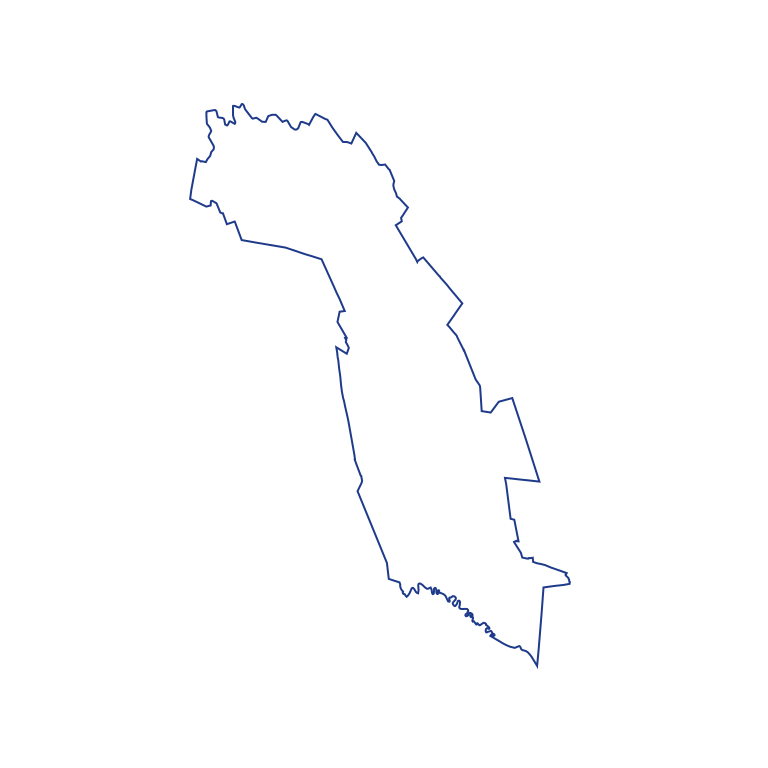 the district of Bērzpils pag., Balvu, Latvia, rotated 249°
{"feature_id": "27541924B21084254111268", "entity_name": "Bērzpils pag.", "entity_type": "district", "adm_level": 2, "iso_a3": "LVA", "parent_name": "Latvia", "parent_adm1": "Balvu", "projection": "equal_earth", "projection_center": [27.098, 56.85], "detail": "fine", "context": "isolated", "style": "outline", "palette": "blue", "viewbox_px": 768, "rotation_deg": 249, "n_neighbors": 0, "source": "geoboundaries", "source_scale": "gbopen_adm2", "svg_char_len": 6086}
<svg xmlns="http://www.w3.org/2000/svg" viewBox="0 0 768 768"><g transform="rotate(249 384 384)"><path d="M98.7,402.5L95.9,405.1L93.6,407.5L90.8,411.5L90.9,416.2L90.5,416.7L89.3,417.1L87.8,417.0L86.7,417.3L85.9,418.0L83.9,420.7L83.4,421.1L82.0,422.1L79.5,423.1L76.1,424.1L66.1,425.9L66.6,426.1L66.7,426.3L81.3,433.5L114.6,449.5L136.9,460.0L134.4,470.7L132.1,479.4L130.9,485.6L132.4,486.5L132.8,486.2L135.3,486.7L136.1,486.5L136.9,486.6L140.3,485.0L141.4,485.5L141.5,485.7L141.4,486.1L142.0,486.8L153.0,473.9L157.3,469.4L159.9,465.7L161.6,462.9L164.4,459.5L168.3,460.5L168.2,460.1L168.8,459.4L168.9,458.5L169.6,457.0L169.2,456.4L169.9,455.0L169.8,454.9L172.4,450.9L177.4,451.3L189.7,448.8L190.0,448.8L190.1,451.3L189.8,451.3L188.9,453.2L210.6,457.0L212.8,453.9L246.4,462.1L253.0,463.3L237.2,494.1L280.8,496.6L324.9,498.7L326.3,484.8L319.1,473.4L323.7,465.5L346.2,472.5L347.7,472.8L348.7,472.8L355.3,471.2L387.0,470.8L386.9,470.5L389.1,470.4L400.9,469.2L403.0,469.2L404.5,468.7L407.3,467.6L414.2,465.3L416.5,464.3L421.8,472.2L423.2,474.4L423.4,474.5L431.2,486.0L449.1,479.8L453.7,478.4L463.2,474.8L464.1,474.8L464.3,474.6L465.9,473.9L488.1,466.0L488.0,464.4L486.7,459.5L486.0,458.8L488.9,458.6L528.0,451.9L529.5,458.9L533.0,459.5L534.6,461.9L540.2,469.6L549.9,465.6L551.2,465.2L554.0,463.5L554.3,463.2L555.0,463.3L558.0,463.6L561.4,463.3L562.2,463.3L565.8,463.8L567.3,464.5L569.9,466.3L582.1,466.0L582.6,465.5L588.5,463.7L589.3,460.2L590.2,458.5L590.4,458.4L590.6,457.9L594.7,456.9L600.0,456.4L603.5,455.7L605.3,455.5L615.6,453.4L628.4,448.1L620.2,439.7L622.9,436.6L624.7,432.4L633.7,429.8L641.8,427.7L651.0,425.9L652.4,424.2L660.7,416.8L660.6,416.4L658.6,413.6L652.8,406.9L653.7,406.5L658.0,401.6L658.4,400.2L658.2,399.9L653.6,395.6L653.0,394.1L653.0,393.4L653.3,392.3L653.7,391.7L657.3,389.3L664.2,388.2L664.6,388.0L664.9,387.7L665.1,387.1L665.2,385.8L665.1,383.2L673.0,380.0L674.1,379.4L675.4,376.1L675.6,372.2L675.5,371.9L671.1,367.5L671.1,367.3L672.6,364.1L675.8,362.1L678.3,360.3L678.8,356.5L679.5,356.0L690.2,352.8L694.6,352.9L695.6,352.6L696.1,352.1L696.3,351.5L694.2,348.8L693.9,348.1L694.1,347.7L697.3,344.0L697.7,342.8L697.0,342.4L688.8,339.3L685.5,338.9L685.2,339.0L682.1,339.1L680.8,338.5L680.5,338.2L680.4,337.8L684.0,334.9L684.3,334.6L684.5,334.1L684.5,333.8L684.3,333.6L682.1,331.3L681.6,330.2L681.9,329.8L683.2,328.7L688.2,329.6L689.2,329.4L690.4,328.4L690.6,327.8L692.0,325.3L692.6,324.7L693.0,324.6L698.4,325.3L699.0,325.2L700.1,324.7L700.5,323.9L701.9,316.4L701.7,315.9L701.1,315.5L697.4,314.1L690.7,312.0L689.7,312.1L687.4,312.9L685.4,313.4L682.2,313.4L681.5,312.8L679.3,310.1L678.5,309.4L677.7,308.9L677.1,308.8L667.5,310.3L666.6,310.2L665.9,310.0L664.0,309.0L663.5,307.8L662.5,305.9L659.2,303.4L657.1,299.6L655.0,297.2L657.3,293.7L657.2,293.1L657.3,292.8L661.1,290.2L634.3,273.7L626.2,269.3L623.4,272.2L613.3,281.7L612.8,286.1L616.7,288.0L616.6,289.3L612.7,292.4L602.8,292.6L601.3,294.2L601.1,294.8L589.5,294.6L589.2,302.8L588.3,302.9L569.4,302.7L562.1,314.8L546.6,341.0L533.6,356.7L528.9,362.8L522.8,370.4L491.6,372.2L486.5,372.4L479.8,373.0L466.2,373.5L467.4,368.5L458.6,362.8L440.6,365.7L441.0,364.2L439.7,364.3L439.6,364.6L438.6,364.6L437.0,363.4L432.4,364.0L430.3,364.1L425.6,360.1L435.4,352.6L429.3,351.4L429.0,351.2L425.0,350.2L422.5,349.8L415.0,347.8L407.2,346.0L397.5,343.3L391.1,341.8L385.4,340.8L382.7,340.6L377.3,339.7L366.2,338.1L360.8,337.2L330.2,331.3L329.1,331.1L323.9,329.9L323.9,329.6L320.0,329.5L306.7,329.4L306.4,329.8L301.6,328.9L299.9,327.8L293.4,320.9L215.9,322.6L200.3,318.6L193.2,327.4L191.0,327.3L189.4,326.6L188.7,326.6L187.5,326.4L185.0,326.7L183.6,327.4L183.2,327.4L182.4,326.7L181.6,326.7L181.0,327.1L180.4,328.0L178.6,328.3L177.2,328.9L177.4,329.4L178.2,331.0L179.3,332.6L181.4,334.8L183.2,336.5L183.5,337.3L183.1,338.1L181.9,338.7L178.3,339.3L177.1,340.0L176.4,340.8L179.1,342.4L182.9,343.5L184.0,343.9L184.9,344.6L185.1,345.5L184.5,346.5L183.0,347.7L179.0,349.6L177.5,350.7L177.1,351.7L177.3,354.6L175.4,354.7L173.8,354.5L171.6,354.0L170.7,354.1L170.3,354.3L170.3,354.9L170.6,355.4L172.3,356.3L174.4,357.0L175.0,357.4L175.3,358.1L175.4,358.6L175.0,359.0L174.3,359.1L172.9,359.0L170.7,358.2L169.8,358.2L169.1,358.3L168.8,358.6L168.7,358.9L168.9,359.3L171.8,360.4L171.9,360.8L171.9,361.0L171.7,361.3L171.1,361.4L170.1,360.9L169.6,360.8L169.2,360.9L169.0,361.3L168.8,361.8L167.3,363.4L166.5,364.2L165.0,365.1L164.0,365.5L158.2,365.9L157.4,366.8L157.5,367.4L157.9,367.6L160.5,368.0L160.9,368.3L161.0,368.5L161.1,368.8L160.7,370.0L160.7,370.3L161.3,371.9L161.2,372.4L160.4,373.7L159.3,374.3L158.6,374.4L158.0,374.2L157.4,373.8L156.9,373.2L155.5,370.4L154.9,369.7L154.5,369.5L153.8,369.5L152.3,369.8L151.6,370.2L151.3,370.5L151.2,370.9L151.4,371.4L152.3,372.9L153.5,374.1L154.9,375.1L155.0,375.6L154.9,376.1L154.8,376.4L154.4,376.7L153.9,376.9L152.8,376.7L150.3,375.4L148.8,374.3L148.0,374.2L147.6,374.3L146.9,374.7L146.4,375.3L145.6,377.1L144.9,379.4L144.2,380.9L142.9,381.5L142.4,381.4L141.8,381.1L140.2,379.4L139.9,379.1L139.8,377.8L139.4,377.4L139.0,377.1L138.1,377.2L137.8,377.4L137.7,377.6L137.6,378.3L137.7,379.1L138.2,380.3L139.5,381.5L139.7,381.9L139.6,382.2L139.3,382.7L138.2,383.6L137.6,383.9L136.5,383.9L136.3,383.7L136.2,383.3L137.0,382.4L137.1,382.1L136.7,381.6L136.4,381.5L135.7,381.4L135.3,381.5L135.1,381.7L135.0,381.9L135.1,382.8L134.7,383.3L134.3,383.4L133.5,383.3L131.7,381.8L130.9,381.6L130.4,381.7L130.4,381.9L130.4,382.3L130.6,382.6L130.4,382.8L126.9,383.8L126.4,384.0L126.4,384.3L127.2,384.8L127.3,385.2L127.1,385.5L126.7,385.8L125.8,386.0L125.0,386.4L124.4,387.0L125.4,391.3L125.3,391.6L124.2,392.9L123.7,393.2L123.2,393.2L122.9,392.9L122.5,392.9L121.8,393.5L119.7,394.6L118.8,394.9L118.1,394.9L117.8,394.6L117.8,394.2L119.0,392.8L119.1,392.3L118.8,391.6L117.9,390.9L116.9,390.4L116.0,390.3L115.6,390.4L115.3,391.0L115.4,392.7L115.2,393.8L115.2,395.3L114.9,395.5L114.3,395.8L112.7,395.8L112.3,395.9L111.4,396.8L110.7,397.3L109.9,397.2L109.7,397.0L109.6,396.4L110.2,395.8L111.2,395.1L111.7,394.5L111.3,393.7L111.0,393.5L110.7,393.0L102.3,399.7L98.7,402.5Z" fill="none" stroke="#1e3a8a" stroke-width="2"/></g></svg>